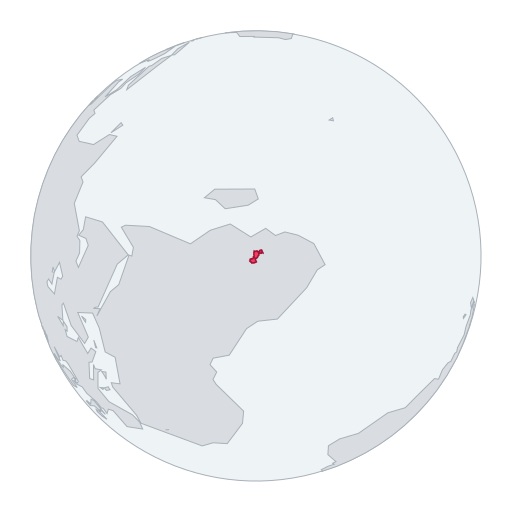 the Earth from above Midlands, rotated 246°
{"feature_id": "ZWE-527", "entity_name": "Midlands", "entity_type": "Province", "adm_level": 1, "iso_a3": "ZWE", "parent_name": "Zimbabwe", "parent_adm1": "", "projection": "orthographic", "projection_center": [29.518, -19.087], "detail": "fine", "context": "on_globe", "style": "filled", "palette": "rose", "viewbox_px": 512, "rotation_deg": 246, "n_neighbors": 0, "source": "natural_earth", "source_scale": "10m", "svg_char_len": 7261}
<svg xmlns="http://www.w3.org/2000/svg" viewBox="0 0 512 512"><g transform="rotate(246 256 256)"><circle cx="256" cy="256" r="225" fill="#eef3f6" stroke="#a8b0b8"/><path d="M32.5,228.0L32.3,229.6L34.2,228.7L34.6,236.1L34.0,242.7L35.5,241.7L35.6,245.4L45.3,240.9L53.2,245.0L54.9,258.1L52.3,277.4L59.1,312.7L56.7,330.7L62.4,345.2L71.4,369.2L69.2,372.6L76.2,380.0L80.3,387.9L80.6,391.3L86.2,397.9L86.7,400.3L90.3,402.8L99.4,414.1L106.3,419.3L115.0,427.8L119.6,430.6L119.9,431.5L122.3,433.8L125.3,435.8L122.5,435.6L112.4,428.6L106.5,423.4L106.7,424.0L93.4,411.0L96.6,414.7L81.1,397.9L69.3,382.0L59.7,366.6L52.4,352.4L46.1,337.8L40.8,322.7L36.6,307.3L33.6,291.7L31.6,275.8L30.8,259.9L31.0,243.9L32.5,228.0ZM129.9,437.2L124.1,436.6L126.1,436.4L120.7,431.5L126.2,433.1L129.9,437.2ZM116.9,424.0L114.6,420.1L116.1,420.5L117.9,423.4L116.9,424.0ZM255.9,30.7L273.3,31.7L270.1,31.9L261.7,31.4L268.9,32.7L268.6,32.1L273.0,32.6L275.6,32.1L278.8,32.5L275.8,31.7L280.0,32.1L281.8,32.6L289.3,33.2L295.8,34.3L311.4,37.6L326.8,42.1L341.7,47.7L356.3,54.3L370.3,61.9L383.8,70.4L396.6,80.0L408.7,90.4L420.0,101.6L430.6,113.6L440.2,126.3L448.9,139.7L456.7,153.6L463.4,168.1L463.3,167.9L464.6,171.1L461.5,164.2L462.0,167.7L471.7,193.9L473.1,200.0L471.8,206.1L470.9,201.2L462.7,182.8L464.6,196.6L470.9,214.6L473.3,231.8L469.8,222.9L467.1,207.7L464.1,200.8L462.5,188.2L455.3,167.2L451.7,166.9L449.6,159.7L439.2,141.6L432.7,141.1L423.9,152.9L426.6,171.5L421.9,177.7L406.5,146.4L399.4,128.4L394.0,128.1L378.0,111.4L350.9,104.9L346.9,100.5L341.8,101.4L330.6,96.1L324.5,89.4L317.8,89.1L334.0,107.1L341.2,107.8L347.1,102.5L350.3,108.9L361.1,116.3L349.5,129.6L309.0,139.7L305.0,125.9L273.7,91.1L274.6,87.7L274.5,87.3L274.1,86.6L271.3,92.1L265.9,86.2L282.7,108.5L285.6,118.9L308.5,140.4L306.4,142.5L313.7,147.5L337.1,144.7L337.2,149.3L326.3,170.6L293.8,201.0L298.1,224.7L295.7,245.5L275.5,259.0L277.3,276.1L266.8,282.1L266.2,292.2L257.8,303.0L243.8,313.9L220.0,315.6L218.4,306.3L206.4,289.4L189.7,249.9L195.7,231.1L193.5,217.8L176.3,191.2L180.1,175.3L175.5,169.8L166.0,172.9L160.7,166.5L154.9,167.4L119.3,181.6L108.6,175.6L96.3,153.4L102.8,140.9L104.4,129.6L150.0,82.9L159.3,82.1L194.7,71.8L199.1,72.3L194.5,79.8L220.8,86.1L229.7,79.2L254.0,83.5L270.3,83.5L276.9,70.2L250.1,69.8L245.8,63.9L267.7,58.9L291.2,60.9L290.3,58.8L275.8,53.4L281.5,50.3L270.8,51.5L274.9,53.5L268.3,54.6L264.1,52.9L266.3,51.7L259.3,50.7L250.7,57.7L253.9,60.6L235.4,62.6L239.0,67.9L233.8,70.8L225.8,63.1L226.9,60.2L211.7,54.2L208.9,57.3L223.0,63.4L218.5,63.2L214.8,68.5L214.0,64.3L199.3,57.8L182.8,62.4L161.1,78.6L151.7,82.1L144.0,82.1L152.6,68.8L172.8,62.6L176.1,58.8L172.6,55.8L179.0,54.5L180.1,52.9L187.8,51.0L199.2,45.6L207.1,44.0L212.2,39.9L217.0,38.8L212.6,41.3L213.8,42.7L233.6,40.6L237.5,39.6L239.2,37.3L244.5,37.5L243.6,35.6L255.2,34.8L240.3,34.6L241.9,33.1L249.2,32.0L247.0,31.7L235.1,33.7L232.8,34.7L235.1,35.4L226.4,39.4L219.5,40.7L218.4,37.3L208.5,39.2L212.1,36.6L242.1,31.2L251.1,30.8L255.9,30.7ZM134.0,102.6L132.7,105.9L134.0,102.6ZM316.1,71.2L330.1,73.9L323.6,65.6L328.5,66.1L324.5,63.4L323.1,65.0L313.3,58.1L319.3,57.2L317.5,54.5L312.7,53.5L303.3,56.4L317.3,65.9L314.1,68.4L316.1,71.2ZM178.3,47.7L180.7,47.6L177.5,49.7L167.4,53.5L172.1,50.4L178.3,47.7ZM184.9,47.3L186.7,43.8L193.0,41.9L189.1,43.4L193.1,42.5L188.0,44.8L192.3,47.1L189.7,49.2L172.6,54.0L179.6,51.0L176.9,51.0L184.9,47.3ZM204.3,69.1L207.8,69.0L213.2,68.1L211.0,71.7L204.3,69.1ZM194.0,64.7L197.2,63.8L196.7,67.8L193.2,68.2L194.0,64.7ZM199.3,60.2L197.4,63.4L196.3,61.9L199.3,60.2ZM215.6,40.7L219.0,40.0L219.2,40.5L217.1,41.5L215.6,40.7ZM272.1,72.2L267.2,74.6L264.8,73.4L267.0,72.8L272.1,72.2ZM237.5,72.2L245.2,73.6L236.8,73.2L237.5,72.2ZM350.5,378.1L351.1,382.3L348.0,381.7L350.5,378.1ZM333.8,245.5L317.7,282.1L307.2,281.3L305.6,269.6L311.7,247.1L324.0,241.9L330.2,232.6L333.8,245.5ZM478.1,290.7L477.8,294.4L477.6,295.4L478.1,290.7ZM478.6,284.2L478.7,287.7L478.2,285.9L478.6,284.2ZM478.4,291.9L478.6,289.1L478.6,290.5L478.6,290.4L478.4,291.9ZM478.4,282.1L474.9,270.5L472.9,263.5L473.9,260.8L477.2,268.8L478.4,282.1ZM473.7,260.4L469.9,243.5L460.5,205.6L464.0,209.0L472.9,235.7L472.4,238.2L474.8,250.3L473.7,260.4ZM480.6,238.8L480.8,241.2L481.2,252.0L480.9,257.7L480.3,266.6L479.0,259.4L478.0,255.0L477.5,240.9L477.8,235.9L478.8,238.4L479.4,227.3L480.6,238.8ZM427.6,173.6L432.7,187.0L429.7,187.6L427.6,173.6ZM466.7,176.7L465.8,175.3L464.7,172.3L465.1,172.4L466.7,176.7ZM443.2,381.3L444.0,380.1L440.3,376.7L441.8,370.9L446.2,365.4L457.1,342.6L457.1,344.2L463.1,330.5L468.1,329.3L472.5,318.3L467.0,334.9L460.3,350.9L452.4,366.4L443.2,381.3ZM480.8,271.2L480.2,277.7L480.3,275.8L481.0,265.4L481.3,257.5L480.8,271.2Z" fill="#d9dde1" stroke="#a8b0b8" stroke-width="1"/><path d="M259.1,255.1L259.3,255.2L259.5,255.3L259.8,255.4L259.9,255.5L260.1,255.5L260.4,255.6L260.3,255.8L260.5,256.0L260.4,256.2L260.4,256.3L260.5,256.3L260.8,256.7L261.0,256.7L260.5,257.2L260.4,257.2L260.5,257.2L260.6,257.3L260.5,257.5L260.5,257.8L260.4,258.0L260.5,258.1L260.4,258.5L260.3,258.8L260.3,259.0L260.2,259.1L259.9,259.0L259.5,259.0L259.4,259.1L259.5,259.2L259.5,259.3L259.4,259.4L259.4,259.5L258.7,259.6L258.4,259.7L258.4,259.8L258.4,260.0L258.3,260.3L258.5,260.4L258.7,260.5L258.6,260.8L258.7,261.0L258.8,261.0L259.0,261.1L259.1,261.3L259.3,261.4L259.3,261.5L259.5,261.7L259.5,261.8L259.4,261.9L259.5,262.0L259.6,262.3L259.5,262.5L259.4,262.8L259.4,263.2L259.4,263.3L259.0,263.7L258.9,263.7L258.7,263.7L258.3,263.6L258.1,263.5L258.0,263.4L257.9,263.3L257.8,263.2L257.7,263.2L257.1,263.6L256.8,263.6L256.7,263.6L256.3,263.7L256.2,263.7L255.9,263.6L256.4,263.2L256.6,262.2L256.4,262.2L256.3,261.9L256.4,261.7L256.5,261.5L256.8,261.5L256.8,261.3L256.8,261.2L257.0,260.6L257.1,260.4L257.3,259.8L257.2,259.6L257.0,259.4L256.7,259.5L256.6,259.3L256.4,259.3L256.2,259.2L255.9,259.1L255.7,259.1L255.6,258.9L255.7,258.7L255.5,258.4L255.4,258.3L255.4,258.2L255.2,257.9L254.4,257.1L254.5,257.0L254.5,256.9L254.1,256.5L254.1,256.4L254.1,256.2L254.0,255.8L253.9,255.8L253.9,255.7L253.6,254.7L253.9,254.5L254.5,254.2L253.1,254.0L253.0,253.9L252.9,253.9L252.7,253.9L252.6,254.0L252.4,254.0L252.2,254.0L251.9,254.0L251.7,254.0L251.2,254.0L250.9,254.0L250.8,253.9L250.6,254.0L250.5,253.9L250.4,253.9L250.4,252.6L250.5,252.6L250.6,252.4L250.6,252.2L250.4,252.0L250.4,251.9L250.4,251.7L250.5,251.6L250.6,251.4L250.6,251.2L250.6,250.9L250.7,250.7L250.8,250.7L251.0,250.6L251.0,250.4L251.1,250.2L251.1,249.9L251.2,249.7L251.2,249.4L251.4,249.4L251.5,249.4L251.8,249.3L252.0,249.3L252.3,249.3L252.4,249.2L252.5,249.0L252.6,248.9L252.7,248.7L252.8,248.7L253.0,248.7L253.4,248.4L253.5,248.4L253.8,248.3L253.8,248.5L254.0,248.7L254.2,248.8L254.3,248.9L254.5,248.9L254.8,249.0L255.0,249.0L255.1,249.3L255.4,249.6L255.5,249.6L255.5,249.8L255.4,249.9L255.3,250.0L255.2,250.1L255.3,250.2L255.3,250.3L255.3,250.5L255.2,250.7L255.3,250.8L255.2,250.9L255.1,251.0L255.0,251.3L254.9,251.6L254.8,251.8L254.9,252.0L255.0,252.2L255.0,252.3L255.1,252.5L255.4,252.6L255.5,252.8L256.1,253.1L256.3,253.2L256.3,253.3L256.2,253.4L256.2,253.5L256.2,253.8L256.2,254.0L256.3,254.1L256.5,254.2L256.8,254.2L256.9,254.3L257.0,254.3L257.3,254.5L257.6,254.6L257.9,254.6L258.0,254.6L258.3,254.6L258.5,254.7L258.6,254.8L258.8,254.9L259.0,255.0L259.1,255.1Z" fill="#f43f5e" stroke="#9f1239" stroke-width="1.5"/></g></svg>